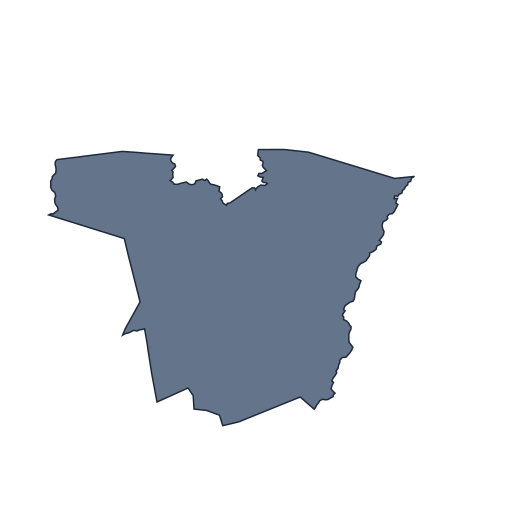 the district of Piripiri, Piauí, Brazil, rotated 248°
{"feature_id": "56859067B46900586420269", "entity_name": "Piripiri", "entity_type": "district", "adm_level": 2, "iso_a3": "BRA", "parent_name": "Brazil", "parent_adm1": "Piauí", "projection": "equal_earth", "projection_center": [-41.76, -4.358], "detail": "fine", "context": "isolated", "style": "filled", "palette": "slate", "viewbox_px": 512, "rotation_deg": 248, "n_neighbors": 0, "source": "geoboundaries", "source_scale": "gbopen_adm2", "svg_char_len": 3091}
<svg xmlns="http://www.w3.org/2000/svg" viewBox="0 0 512 512"><g transform="rotate(248 256 256)"><path d="M108.7,184.4L108.7,240.9L108.7,244.1L105.3,245.9L92.1,252.6L93.4,254.6L94.9,256.1L96.2,258.6L98.0,261.0L98.2,264.3L96.6,266.5L96.0,269.1L96.5,272.2L96.6,274.6L98.3,275.7L99.2,277.9L102.6,276.4L104.8,275.8L107.5,278.0L109.8,280.5L111.7,279.4L113.8,281.6L115.5,284.5L117.5,287.1L119.4,287.2L121.4,290.3L123.9,291.7L125.9,293.8L128.0,294.7L129.6,298.0L128.4,301.4L130.1,304.9L131.3,307.1L133.0,309.6L135.1,311.6L138.2,310.8L140.9,310.0L144.2,310.9L146.3,311.9L148.4,312.6L150.5,314.2L152.5,316.5L154.8,317.7L156.9,316.9L159.3,316.7L161.8,315.6L164.3,313.4L166.5,314.5L168.7,313.8L170.2,315.6L171.8,318.1L173.6,317.1L176.6,320.1L178.0,325.8L177.7,329.2L179.7,331.3L183.1,333.2L185.6,334.9L186.7,337.1L188.3,339.6L190.8,341.2L193.8,344.1L196.4,341.9L199.5,340.7L202.4,342.1L204.9,344.2L207.2,345.9L208.6,347.8L209.8,350.4L209.8,352.8L210.4,356.3L212.2,358.9L213.6,361.3L216.1,362.5L216.3,366.4L217.2,369.8L220.0,371.9L220.3,376.1L222.1,377.6L224.4,376.1L226.0,379.1L228.1,382.3L230.8,383.9L233.6,383.7L237.2,384.3L240.2,386.8L240.4,389.7L241.3,392.1L243.7,392.6L244.9,395.4L244.2,398.2L245.4,400.9L248.5,404.5L250.6,406.8L252.6,405.5L254.6,406.8L256.4,408.8L257.5,405.5L259.8,407.3L258.3,409.9L259.6,411.9L259.6,414.7L261.9,416.4L262.7,418.9L264.5,420.7L265.1,423.2L267.4,424.7L267.3,427.3L270.0,429.5L270.4,432.8L274.9,417.4L276.0,413.6L304.5,378.4L332.5,343.7L344.0,322.4L345.3,319.3L353.8,298.1L348.6,295.2L345.6,296.6L343.4,295.9L341.5,297.7L339.6,297.5L337.6,295.8L335.4,295.9L333.4,296.8L331.2,297.7L330.3,292.3L331.5,289.7L329.7,287.7L327.7,289.5L326.1,292.2L323.4,289.5L321.5,290.3L320.4,292.6L318.8,293.6L318.1,290.5L320.0,287.0L319.3,283.1L317.5,280.3L319.6,280.3L320.7,277.9L316.1,257.0L314.9,251.6L315.6,249.2L314.1,247.7L315.8,246.4L317.3,245.2L319.9,245.3L322.3,244.5L323.4,247.1L325.4,247.6L327.2,247.6L329.9,246.0L331.7,247.0L333.7,248.3L336.1,245.7L337.9,243.5L339.5,240.9L341.3,240.2L343.7,239.9L345.8,239.0L345.2,236.7L347.4,235.0L347.6,232.5L348.2,228.6L345.8,226.1L346.1,223.1L347.8,220.9L350.7,219.2L351.5,214.2L351.9,209.8L353.4,206.9L355.5,206.5L358.1,204.7L359.8,208.5L363.0,209.4L365.1,210.6L367.0,210.0L367.8,212.2L369.1,214.9L371.6,215.2L373.8,213.3L376.3,212.7L378.3,213.3L380.6,216.9L389.8,198.1L391.7,194.2L396.1,185.5L403.1,171.1L419.9,107.6L418.9,105.6L417.1,104.4L415.1,103.8L413.2,103.7L410.7,102.9L407.9,101.3L407.0,99.1L405.9,96.8L404.1,96.1L402.3,93.6L399.3,92.6L396.5,91.3L393.4,91.5L390.9,92.9L388.9,93.2L386.5,92.6L384.0,90.5L381.9,89.8L380.1,89.5L377.7,89.7L375.4,90.3L372.5,89.6L371.9,86.4L371.0,83.9L372.0,81.7L371.7,79.2L321.5,140.4L302.1,137.5L291.6,136.1L256.9,131.3L240.7,111.4L239.2,109.5L237.6,107.6L232.6,102.7L233.0,105.6L232.4,109.5L232.9,114.7L231.0,117.7L231.2,120.2L230.5,123.0L230.2,125.4L215.9,122.4L213.2,121.7L210.2,120.9L186.3,115.3L157.7,109.5L159.1,143.5L155.4,144.3L152.2,145.0L150.3,145.5L137.3,141.2L131.3,152.3L122.1,162.5L111.1,161.6L108.6,178.7L108.7,184.4Z" fill="#64748b" stroke="#1e293b" stroke-width="1.5"/></g></svg>